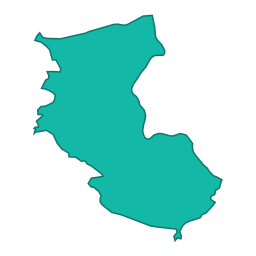 outline of Wakayama
{"feature_id": "JPN-1854", "entity_name": "Wakayama", "entity_type": "Prefecture", "adm_level": 1, "iso_a3": "JPN", "parent_name": "Japan", "parent_adm1": "", "projection": "robinson", "projection_center": [135.481, 33.903], "detail": "fine", "context": "isolated", "style": "filled", "palette": "teal", "viewbox_px": 256, "rotation_deg": 0, "n_neighbors": 0, "source": "natural_earth", "source_scale": "10m", "svg_char_len": 1975}
<svg xmlns="http://www.w3.org/2000/svg" viewBox="0 0 256 256"><path d="M222.0,179.9L221.4,180.8L219.4,187.9L215.6,190.4L214.7,194.5L210.7,196.4L211.0,199.7L215.2,202.3L212.5,206.0L205.7,213.2L202.1,214.6L200.2,217.7L188.8,221.4L185.0,223.4L182.7,225.8L179.7,231.1L181.2,235.8L181.0,238.8L177.5,237.9L175.1,240.6L173.9,236.3L177.3,232.3L176.2,229.1L156.7,226.9L150.5,225.9L121.0,214.7L111.7,212.4L104.6,206.8L102.2,204.8L100.2,202.1L100.1,198.7L101.2,196.1L98.9,191.7L97.7,190.3L96.6,189.8L94.4,187.6L91.1,186.9L88.2,183.5L91.3,178.1L98.6,177.1L103.2,176.4L101.1,173.4L90.9,165.7L87.0,163.9L85.1,160.9L81.5,161.3L75.5,157.1L69.1,156.9L68.6,153.0L61.9,149.1L57.3,143.4L53.1,134.4L46.3,130.3L42.6,131.0L35.6,132.1L34.3,133.4L34.8,131.0L35.8,129.5L34.0,128.3L35.4,127.2L38.4,127.2L38.1,124.2L36.4,121.2L39.5,118.5L42.8,115.5L41.6,114.5L38.0,114.5L37.7,110.0L41.0,106.5L45.2,106.2L48.2,104.9L53.2,102.3L54.9,98.6L55.2,95.1L53.2,92.9L49.3,90.6L44.8,88.8L41.5,88.4L45.6,80.2L46.1,79.8L47.7,79.1L48.4,78.5L48.7,77.4L48.7,75.2L47.2,71.7L52.4,71.5L60.1,72.0L60.7,68.7L58.6,64.8L55.8,59.8L52.4,60.0L49.7,49.9L46.6,46.5L41.2,42.2L34.8,40.4L36.9,36.0L39.7,32.8L42.6,37.3L46.8,38.4L60.4,38.8L85.3,33.2L89.4,31.4L114.2,24.3L118.7,24.2L121.3,24.9L124.6,25.2L127.9,24.3L143.1,16.1L152.2,15.4L154.7,27.0L155.5,36.2L156.7,39.2L161.8,44.9L164.7,50.5L164.6,53.5L163.1,55.2L155.1,55.5L152.9,56.5L150.9,58.2L149.5,60.3L145.9,66.9L140.3,73.6L137.9,77.8L133.1,84.8L131.5,89.1L132.1,92.4L133.7,94.6L135.9,96.1L137.1,97.8L138.8,100.8L139.8,105.0L144.2,110.1L145.6,115.4L145.0,119.7L143.6,124.6L142.6,131.0L143.5,134.6L144.7,137.3L146.6,138.9L148.6,139.2L150.4,138.4L153.7,135.2L156.6,134.0L159.4,133.4L162.2,133.7L170.2,135.9L172.4,136.0L174.7,135.5L177.1,134.5L180.1,133.6L183.2,134.2L186.5,135.3L192.6,143.5L192.4,146.6L192.5,148.4L193.4,152.0L195.8,155.7L203.7,165.2L207.2,168.1L209.0,171.0L210.9,173.2L213.4,175.7L216.7,177.0L222.0,179.9Z" fill="#14b8a6" stroke="#0f766e" stroke-width="1.5"/></svg>